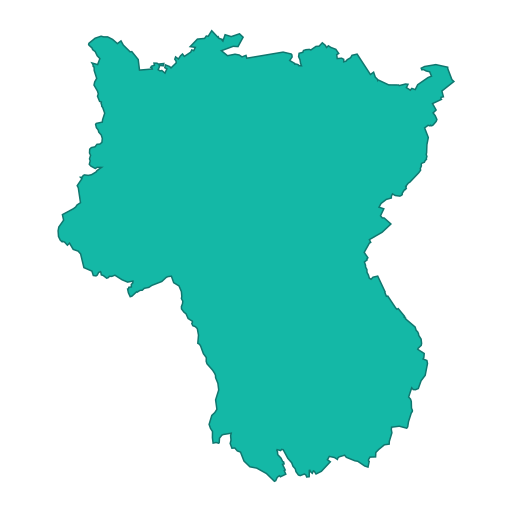 Athy Lea-5, Kildare, Ireland
{"feature_id": "5873133B78981384303410", "entity_name": "Athy Lea-5", "entity_type": "district", "adm_level": 2, "iso_a3": "IRL", "parent_name": "Ireland", "parent_adm1": "Kildare", "projection": "mercator", "projection_center": [-6.893, 52.99], "detail": "fine", "context": "isolated", "style": "filled", "palette": "teal", "viewbox_px": 512, "rotation_deg": 0, "n_neighbors": 0, "source": "geoboundaries", "source_scale": "gbopen_adm2", "svg_char_len": 5894}
<svg xmlns="http://www.w3.org/2000/svg" viewBox="0 0 512 512"><path d="M213.1,443.1L216.1,442.5L218.7,443.2L219.2,442.6L219.5,438.2L221.8,435.2L223.3,434.5L231.2,433.2L230.6,435.6L231.0,440.1L230.2,443.5L231.9,448.2L234.8,448.0L237.3,450.9L240.5,452.1L244.0,461.1L249.9,466.8L256.7,468.1L266.4,473.5L274.4,481.3L275.7,480.7L277.1,477.6L278.2,476.5L279.5,475.7L280.4,476.8L285.8,474.2L284.2,470.6L285.2,470.0L282.5,464.3L284.1,463.9L283.6,461.9L282.7,461.6L281.0,458.1L277.7,454.6L277.5,451.8L276.8,450.3L277.1,449.6L280.6,450.6L281.6,449.4L283.2,449.7L287.8,458.3L291.7,462.8L293.0,466.3L295.2,468.7L296.0,471.7L298.4,475.0L300.2,475.6L304.4,474.0L306.0,475.1L306.7,477.0L309.2,476.7L309.3,470.4L309.9,470.3L310.4,471.6L312.3,473.3L313.4,470.9L314.3,471.3L316.0,474.0L321.4,471.3L330.3,461.8L327.4,459.7L329.3,456.4L334.4,457.5L337.4,459.4L337.7,458.2L339.2,456.8L344.6,455.2L346.3,457.3L354.9,460.8L357.8,461.3L364.7,466.0L368.0,467.1L369.2,461.4L368.5,460.8L368.6,459.4L370.0,457.1L375.6,456.9L375.8,452.5L378.8,449.4L384.4,444.8L389.2,444.1L389.3,441.4L391.9,432.8L391.3,429.5L391.6,427.2L399.3,426.2L406.7,428.2L407.7,426.8L408.5,421.7L411.3,412.9L412.3,411.6L412.4,410.4L411.5,408.2L411.3,401.5L410.5,399.1L408.6,397.0L408.8,396.5L411.7,387.8L413.2,389.6L415.5,389.7L418.3,388.5L421.1,380.7L425.2,375.3L427.5,363.5L426.9,360.5L423.1,359.0L423.9,357.3L424.2,353.5L417.7,349.3L418.1,348.3L421.2,345.4L421.6,343.4L421.1,339.1L418.6,335.2L418.6,334.1L417.8,332.1L416.1,330.2L415.1,327.0L405.5,318.8L405.6,318.1L404.1,317.0L404.6,316.4L398.2,308.6L397.0,309.3L395.7,308.0L387.8,296.1L386.4,296.3L384.8,292.3L385.1,291.9L377.7,276.1L373.0,277.2L371.0,279.3L369.3,278.1L368.4,275.0L367.0,272.4L366.9,269.5L365.6,267.1L365.5,265.2L364.4,262.0L367.1,259.9L366.8,259.1L367.9,257.8L364.2,252.4L369.4,243.1L370.7,242.4L369.4,239.6L382.2,232.2L390.9,224.0L384.2,218.0L382.3,217.9L380.5,215.8L383.8,208.8L379.0,207.2L381.0,203.5L386.3,199.4L391.3,198.0L391.4,196.1L392.5,193.9L395.2,195.5L399.9,196.1L401.7,195.2L402.3,194.3L402.2,193.3L404.6,189.6L405.2,189.7L406.3,188.4L405.9,187.8L406.2,186.5L405.8,186.3L408.3,183.1L409.9,182.1L418.7,172.8L420.6,170.2L420.3,168.5L421.4,165.9L421.2,164.1L421.9,163.2L424.4,162.2L425.2,160.5L426.5,159.3L426.3,158.2L426.9,156.6L426.2,154.2L426.6,152.9L426.9,144.7L428.3,137.5L424.6,127.9L428.1,125.3L430.0,125.9L430.5,125.2L431.7,125.8L433.1,125.0L436.1,121.5L436.9,119.5L435.2,115.7L433.1,112.9L436.1,110.0L432.5,103.6L441.4,99.4L440.9,98.8L441.1,97.3L443.4,96.8L441.9,91.0L453.9,81.5L451.9,79.6L447.8,68.8L447.7,67.2L435.8,64.6L424.6,66.5L421.2,68.2L421.8,69.8L423.6,69.6L426.2,71.0L429.7,71.8L431.5,76.2L428.1,77.5L417.7,84.7L415.2,89.6L411.8,88.4L410.3,90.2L406.4,87.6L408.0,84.3L405.5,84.0L399.2,85.6L398.6,85.0L388.7,84.9L377.9,79.8L377.7,80.3L377.1,78.9L375.3,77.2L373.6,72.2L370.4,74.5L357.1,54.1L352.0,55.3L350.6,57.7L347.2,59.7L346.0,61.2L343.7,61.8L343.7,59.3L341.6,58.2L337.2,58.6L336.7,54.6L338.7,53.5L335.8,49.3L330.8,47.4L328.4,45.8L326.5,47.5L325.3,45.3L322.3,42.8L319.1,46.2L316.0,46.4L310.8,50.0L309.4,49.4L306.0,49.7L303.5,50.5L302.8,52.3L299.1,53.3L298.6,56.6L300.0,59.8L300.6,63.5L301.5,65.8L298.8,65.7L298.6,65.0L296.8,64.2L294.8,64.1L294.8,63.5L289.7,60.5L292.1,57.0L291.9,54.9L291.2,54.0L283.1,52.1L246.8,58.2L246.0,55.4L242.0,56.9L239.2,55.0L235.0,54.2L227.5,55.7L221.4,50.7L233.2,46.3L238.0,46.6L243.1,37.2L239.5,33.8L231.2,36.6L225.1,34.7L222.9,41.1L221.7,39.7L222.0,39.3L219.0,38.4L218.2,36.8L217.8,37.2L211.7,30.7L208.2,36.3L206.3,36.0L204.6,38.4L197.4,39.1L190.2,46.6L195.3,47.4L193.7,50.7L191.8,49.9L190.7,52.2L184.3,56.4L182.5,54.0L180.6,55.7L178.4,59.0L175.6,56.9L174.8,59.2L176.1,61.2L176.2,62.9L171.0,67.9L169.7,66.6L165.5,64.9L164.8,67.7L166.9,68.8L165.0,73.1L161.8,70.5L160.1,70.9L158.1,69.7L159.4,66.8L159.2,65.4L163.3,65.8L163.8,63.5L158.4,64.1L157.0,63.2L154.0,63.1L154.4,65.3L151.5,66.2L150.8,67.4L151.8,67.6L152.3,69.0L139.5,70.1L138.2,59.5L131.8,51.6L130.1,51.8L123.3,45.1L121.0,40.9L117.4,43.6L112.6,39.4L107.7,36.9L103.7,36.9L101.1,36.2L95.1,38.2L89.0,43.2L88.6,44.3L88.9,45.1L92.1,48.1L92.6,49.6L95.2,51.6L97.2,55.8L99.9,58.6L97.6,64.6L92.0,63.0L93.0,64.6L93.2,66.5L94.1,67.1L94.2,70.5L96.7,78.4L94.7,81.9L94.0,85.1L97.5,91.1L98.3,93.9L97.5,96.2L99.6,101.4L101.4,102.1L101.1,103.6L101.7,104.9L101.7,106.2L102.7,107.5L104.7,113.2L102.6,119.7L102.3,122.1L96.3,123.4L95.6,124.3L96.4,127.7L98.1,129.8L98.8,132.2L101.2,134.9L102.3,138.4L101.9,142.4L99.8,144.1L97.0,144.3L95.0,146.8L91.3,147.6L89.7,149.2L89.5,153.0L90.6,155.3L89.5,158.9L90.2,160.8L89.3,164.3L90.9,166.1L95.3,168.5L97.1,167.3L101.5,167.4L97.0,170.6L96.0,172.0L91.5,174.7L88.3,175.4L84.5,174.9L83.2,175.5L82.3,177.1L80.5,177.3L81.9,178.7L77.2,185.7L78.3,187.8L80.5,202.7L77.0,205.0L75.7,207.0L73.4,208.7L62.4,214.6L63.6,220.2L58.8,227.0L58.1,230.8L58.5,236.5L60.3,240.2L62.1,241.8L62.5,241.3L64.6,242.1L67.4,245.2L69.5,243.1L73.2,249.4L78.1,251.1L80.6,253.9L83.9,267.6L91.9,271.1L93.3,275.5L96.0,275.9L97.2,275.1L98.6,272.5L100.3,271.6L100.8,272.1L101.3,274.9L103.2,275.5L106.7,278.2L108.5,277.5L109.3,276.3L111.7,276.4L114.9,275.2L122.1,279.8L127.6,282.1L132.9,281.1L132.8,282.9L131.3,284.5L131.4,286.9L128.8,287.3L128.5,288.7L127.6,289.0L128.4,292.8L130.2,296.7L131.9,296.2L136.6,291.8L137.1,292.2L140.0,290.4L142.3,290.2L144.3,288.3L148.8,287.4L151.8,285.4L161.8,281.5L166.2,277.4L167.9,276.6L171.4,276.2L173.7,282.7L179.0,285.9L181.4,291.6L181.8,296.5L181.4,298.5L182.8,301.2L182.5,303.7L181.4,306.6L181.5,308.9L183.9,312.1L186.1,313.9L188.1,318.5L192.2,321.1L192.5,322.0L191.8,323.6L192.8,325.7L195.4,326.7L197.3,328.6L198.5,335.1L197.8,343.3L199.5,344.3L200.6,346.0L203.4,353.7L206.3,357.6L206.2,361.3L207.0,363.8L212.7,370.3L214.6,373.3L215.5,375.3L215.6,377.7L217.9,383.3L218.7,390.0L215.6,399.9L216.9,409.3L214.8,412.6L211.8,415.4L209.1,424.4L210.5,428.4L212.5,431.5L212.4,437.7L213.1,443.1Z" fill="#14b8a6" stroke="#0f766e" stroke-width="1.5"/></svg>